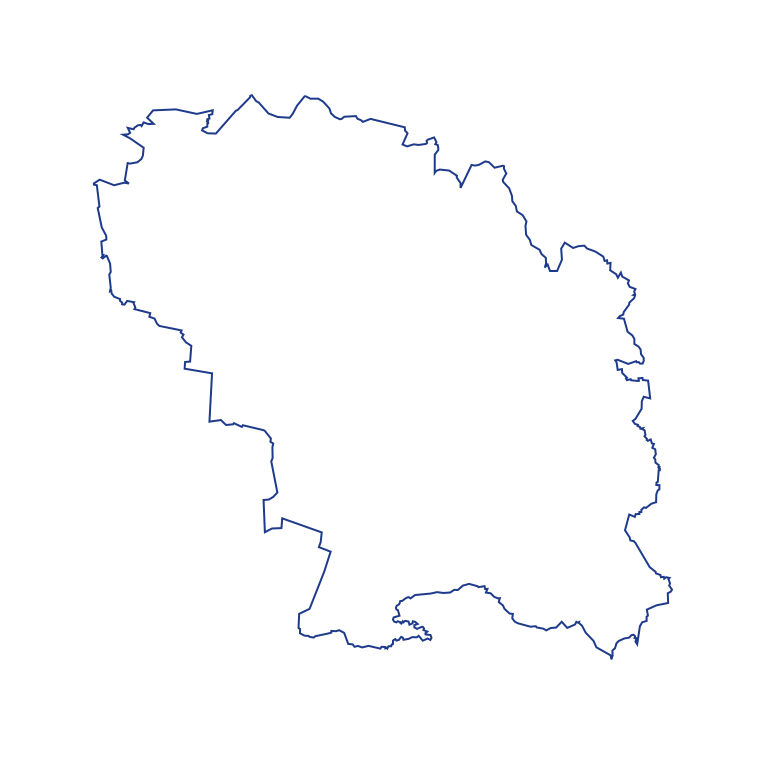 Encarnación de Díaz, Jalisco, Mexico, rotated 262°
{"feature_id": "50627088B17242073021011", "entity_name": "Encarnación de Díaz", "entity_type": "district", "adm_level": 2, "iso_a3": "MEX", "parent_name": "Mexico", "parent_adm1": "Jalisco", "projection": "albers", "projection_center": [-102.263, 21.568], "detail": "fine", "context": "isolated", "style": "outline", "palette": "blue", "viewbox_px": 768, "rotation_deg": 262, "n_neighbors": 0, "source": "geoboundaries", "source_scale": "gbopen_adm2", "svg_char_len": 6151}
<svg xmlns="http://www.w3.org/2000/svg" viewBox="0 0 768 768"><g transform="rotate(262 384 384)"><path d="M148.8,266.1L145.8,270.4L145.1,274.2L143.9,275.2L142.7,279.1L143.8,280.9L144.8,295.1L145.2,297.3L146.8,297.5L145.9,302.1L146.4,305.4L143.1,309.9L131.6,312.4L130.5,316.8L127.9,318.2L128.2,321.8L126.2,325.7L126.8,332.3L122.5,343.5L124.1,345.0L123.4,348.4L122.1,348.5L122.6,349.5L121.5,350.4L123.7,351.9L123.3,354.6L124.9,355.3L125.1,356.6L128.6,357.2L129.3,358.2L129.8,359.8L128.2,360.5L128.5,363.1L131.2,365.8L130.1,367.4L128.0,367.7L128.2,372.9L129.4,376.7L128.6,381.2L129.8,383.3L124.4,386.7L125.9,391.8L124.1,394.3L126.0,395.7L129.0,395.1L130.2,390.3L131.4,390.3L132.8,392.4L134.9,388.8L136.4,389.6L137.8,388.9L138.3,387.7L136.9,382.7L138.7,380.2L141.0,380.5L141.7,383.9L144.1,381.8L145.0,379.6L143.0,378.9L142.1,375.7L145.4,375.2L146.5,371.9L145.3,370.2L146.4,369.6L144.3,367.9L144.7,367.1L145.7,367.5L147.1,364.5L146.2,363.1L147.4,360.9L149.5,360.1L151.5,361.1L152.4,367.1L158.1,366.3L159.0,364.9L160.7,364.6L162.6,365.7L163.9,368.5L166.8,369.9L166.6,371.6L169.2,376.5L169.5,378.8L168.0,380.4L170.7,385.4L170.0,401.1L170.5,407.6L168.8,413.7L168.3,420.5L170.4,424.9L169.7,428.4L173.4,434.1L174.2,440.5L170.7,448.6L169.7,449.2L169.8,455.4L167.0,455.6L166.7,457.9L163.3,455.9L161.9,460.5L157.9,463.5L155.9,466.9L155.8,468.9L152.1,467.3L148.3,470.9L144.5,472.1L139.2,476.4L138.4,479.6L134.2,478.4L130.5,480.4L128.5,483.1L123.3,495.2L123.0,500.6L121.7,501.3L119.5,507.8L117.4,510.5L119.2,515.2L118.8,520.5L123.8,526.9L117.0,531.5L119.2,539.6L121.7,541.4L120.8,542.4L121.2,544.2L120.0,543.9L117.2,546.4L109.7,549.1L100.5,555.7L93.7,557.7L83.7,570.7L79.6,570.9L83.3,572.6L88.3,573.1L90.2,576.0L95.0,578.2L96.8,580.6L98.5,586.2L98.8,591.7L100.8,594.0L101.0,596.1L99.3,597.5L97.5,596.8L97.2,598.7L94.0,597.2L91.0,598.5L108.5,603.7L112.1,606.5L112.8,611.1L116.9,611.6L117.9,613.1L124.0,612.9L126.9,623.0L127.6,634.9L137.3,635.9L138.4,638.9L140.2,640.6L144.6,638.4L146.9,639.5L151.3,638.5L152.2,639.7L153.4,636.5L152.2,634.4L154.1,634.2L154.1,631.3L156.4,631.2L158.6,627.0L160.1,626.8L165.7,621.6L191.5,610.9L193.5,609.6L194.8,606.2L198.0,605.9L205.6,602.3L220.6,608.7L217.5,613.9L220.1,615.1L219.7,618.8L221.7,619.1L221.4,621.0L223.6,621.4L225.7,624.4L224.8,626.2L228.2,632.0L229.1,637.0L236.9,638.3L240.5,640.3L241.3,642.0L245.5,642.7L246.1,639.6L248.6,640.2L248.9,641.5L260.3,644.0L260.2,645.1L261.6,645.4L262.2,644.6L263.3,645.2L263.4,644.2L265.5,644.8L268.3,641.9L271.6,642.1L273.4,641.0L276.6,643.4L281.6,643.5L283.5,640.8L287.1,642.9L287.9,641.0L292.0,640.4L291.0,637.4L292.0,636.4L293.1,636.7L296.0,634.7L297.3,635.8L301.9,635.6L303.5,633.3L304.2,634.1L304.0,631.7L305.9,631.4L307.1,629.3L308.2,629.8L309.6,626.9L312.8,625.2L314.4,628.1L323.7,635.7L331.0,636.9L335.2,639.4L332.7,645.6L350.6,646.0L351.9,640.9L354.0,640.8L354.2,636.7L351.7,636.9L351.6,636.1L353.3,629.2L354.4,629.0L354.0,625.1L355.7,624.4L356.4,625.5L361.8,621.4L365.6,621.7L365.4,617.4L373.3,617.3L375.2,616.3L375.5,618.7L369.9,628.6L371.5,636.9L370.3,637.3L370.2,639.4L368.7,640.2L368.2,642.9L370.9,644.5L373.8,644.8L377.7,642.7L382.5,642.9L385.7,641.2L388.8,637.5L393.8,638.2L397.5,636.7L401.8,632.5L415.3,630.7L416.7,625.0L418.4,626.9L419.5,630.6L421.9,631.4L428.5,637.8L430.5,638.3L434.1,643.6L436.9,644.9L437.4,643.5L438.1,645.1L440.7,644.6L443.1,646.2L446.0,640.8L449.6,639.5L452.5,641.0L457.2,634.9L461.4,634.1L456.7,630.4L460.4,629.2L465.1,623.8L472.4,625.2L472.2,622.0L475.4,622.1L475.2,619.6L479.6,618.9L485.7,611.8L489.9,603.9L493.1,601.7L493.4,595.8L492.4,590.2L498.8,582.7L493.4,578.3L482.3,577.5L471.8,571.1L472.8,564.1L479.5,562.7L477.0,559.4L480.9,561.3L486.4,561.8L490.7,558.1L495.2,556.8L501.1,549.3L506.6,548.4L512.0,545.5L520.9,546.1L525.2,547.7L532.0,544.7L536.4,539.6L542.0,539.3L547.1,536.5L552.5,536.9L560.3,535.2L567.6,530.1L569.7,530.0L575.4,534.4L580.7,532.7L583.0,533.2L583.6,532.1L582.8,523.6L589.1,518.7L590.3,515.3L587.8,508.4L587.6,504.7L588.7,501.2L567.5,487.1L572.3,487.8L578.5,484.7L580.1,485.2L586.3,478.2L588.6,469.1L587.8,465.3L586.0,463.6L604.1,466.2L608.1,470.3L610.1,470.6L613.3,470.4L614.3,468.2L616.3,469.6L621.2,467.9L619.8,461.2L618.8,460.0L616.7,460.2L615.9,458.8L615.9,451.5L617.2,446.9L616.1,439.9L618.6,435.7L629.0,442.2L632.0,440.1L635.3,440.3L648.4,407.6L646.5,399.5L648.4,398.0L650.4,394.6L653.2,393.5L654.2,381.9L652.3,378.7L652.4,377.0L655.4,372.4L659.4,369.2L664.4,368.3L672.0,363.1L675.7,358.6L676.8,350.8L679.8,346.5L679.9,345.4L671.6,336.5L664.2,331.2L660.8,327.6L663.2,315.9L667.9,307.3L680.2,299.1L681.9,296.8L688.4,293.3L688.1,291.8L686.4,291.1L675.8,277.3L675.1,275.2L655.4,252.4L656.8,244.3L660.5,239.1L662.5,240.3L663.4,244.8L666.5,245.4L667.1,247.0L667.1,245.6L669.0,246.4L669.0,245.4L670.8,245.9L671.2,248.1L674.7,248.0L675.1,251.5L678.9,252.5L677.5,236.3L684.9,216.1L687.1,193.4L680.7,186.5L673.7,192.1L674.2,186.8L676.5,182.4L673.2,179.9L674.3,179.2L674.5,176.5L672.6,172.6L671.1,171.5L673.3,165.9L668.1,167.6L666.9,165.3L667.2,160.3L662.8,166.5L651.4,178.9L643.7,177.0L640.6,175.1L637.9,170.7L637.6,163.4L638.4,160.9L621.7,155.7L618.0,159.3L619.5,154.8L618.4,144.4L625.9,130.9L623.0,124.6L621.8,124.5L620.8,127.3L599.3,126.9L598.1,125.0L578.3,126.3L569.5,129.5L565.7,129.2L564.4,123.9L551.2,123.1L550.8,124.1L548.6,121.8L547.5,123.0L549.8,126.7L549.3,127.4L541.4,129.5L533.0,129.0L530.6,127.2L517.5,126.8L514.0,125.6L514.5,126.9L511.5,126.9L507.9,129.0L504.8,134.5L503.2,134.1L501.0,136.0L499.4,135.7L498.7,138.0L502.0,141.2L499.8,147.9L499.0,147.2L494.6,148.4L492.9,147.3L486.7,162.4L483.2,161.0L480.7,165.9L475.3,167.6L472.7,169.7L465.2,191.0L463.2,189.8L460.7,192.3L458.4,190.4L452.8,193.7L448.6,198.5L433.2,195.1L433.5,190.1L426.9,188.7L418.5,215.2L371.0,205.9L371.0,217.4L365.4,221.9L365.1,228.8L366.1,229.9L361.3,237.3L362.8,238.5L355.2,257.9L354.4,259.3L345.8,264.4L342.6,263.5L340.5,266.0L336.9,264.7L326.2,263.4L323.1,261.6L291.4,263.3L287.6,258.6L285.6,253.9L285.9,248.6L253.8,245.4L256.5,253.0L255.6,262.4L265.1,264.5L245.7,301.7L236.3,299.3L231.5,296.8L225.4,307.8L206.5,298.7L171.7,279.0L168.2,268.0L154.2,265.4L153.1,266.8L148.8,266.1Z" fill="none" stroke="#1e3a8a" stroke-width="2"/></g></svg>